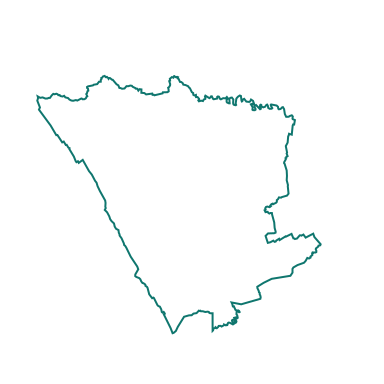 Phra Phrom, Nakhon Si Thammarat, Thailand, rotated 162°
{"feature_id": "78962969B31932959470033", "entity_name": "Phra Phrom", "entity_type": "district", "adm_level": 2, "iso_a3": "THA", "parent_name": "Thailand", "parent_adm1": "Nakhon Si Thammarat", "projection": "natural_earth1", "projection_center": [99.929, 8.325], "detail": "fine", "context": "isolated", "style": "outline", "palette": "teal", "viewbox_px": 384, "rotation_deg": 162, "n_neighbors": 0, "source": "geoboundaries", "source_scale": "gbopen_adm2", "svg_char_len": 5972}
<svg xmlns="http://www.w3.org/2000/svg" viewBox="0 0 384 384"><g transform="rotate(162 192 192)"><path d="M309.2,330.6L309.3,329.0L310.9,326.7L310.5,319.4L312.1,317.6L305.9,298.9L303.5,288.0L302.4,287.8L300.1,279.3L298.4,279.6L297.5,275.7L296.6,275.6L295.9,272.5L294.9,271.5L295.4,270.8L293.4,262.2L293.1,257.4L292.7,256.1L291.0,256.5L290.7,254.7L286.0,256.3L283.5,243.7L281.9,239.5L280.7,232.5L279.9,230.4L280.0,226.7L279.3,221.4L277.2,210.7L277.6,208.3L279.0,204.7L279.0,203.4L280.5,201.9L279.0,198.9L278.2,194.4L278.2,191.4L277.5,189.1L275.9,186.2L276.2,183.0L275.6,180.5L273.7,178.5L274.2,175.9L274.0,174.2L274.3,172.9L273.3,169.8L272.7,164.2L272.9,162.5L272.2,161.5L271.7,159.4L270.3,149.5L267.1,138.0L267.0,135.1L271.4,131.1L272.0,129.6L271.3,128.5L268.8,126.4L268.1,125.0L267.9,122.7L267.2,120.7L266.5,120.4L265.3,118.9L265.0,118.0L265.3,117.2L264.1,115.6L263.9,114.6L264.3,107.9L262.7,103.3L261.4,103.5L261.0,103.0L259.8,95.0L259.2,93.9L258.0,92.9L257.5,89.9L257.8,87.2L257.2,86.3L256.0,86.7L255.6,85.6L255.5,84.6L256.6,84.2L254.4,69.2L254.1,63.7L253.0,63.7L250.3,64.8L247.2,68.1L238.1,75.8L232.9,75.6L230.4,74.9L228.2,75.9L225.1,75.4L222.2,77.0L221.9,76.6L220.7,76.5L220.5,75.9L218.5,75.2L216.5,73.8L213.9,73.3L213.0,72.6L212.9,71.7L212.2,71.1L209.9,70.3L215.3,53.6L214.7,53.9L213.7,55.7L211.9,55.4L211.4,56.1L210.5,54.8L208.9,55.5L208.0,56.4L206.1,55.8L205.4,54.9L202.6,55.5L202.4,56.0L201.4,54.9L200.7,54.7L200.3,55.1L199.5,54.6L198.2,56.3L197.6,56.5L196.5,56.0L194.0,53.4L191.8,54.0L192.4,54.4L192.7,55.1L193.6,55.5L193.8,57.2L193.6,57.6L192.8,57.9L191.0,57.3L191.3,56.3L190.8,56.0L191.0,55.4L190.2,54.6L189.7,55.2L189.9,57.3L190.8,58.6L190.8,59.3L189.1,59.2L189.0,58.4L188.2,57.9L187.4,58.2L187.1,60.7L187.5,62.0L186.5,64.5L185.3,64.3L184.4,63.1L183.8,63.2L184.0,64.4L184.6,65.1L186.0,65.4L187.1,66.5L187.5,70.3L188.3,70.3L188.5,70.7L188.3,73.1L188.5,74.7L179.9,70.0L160.0,69.3L159.2,70.7L159.0,72.7L159.3,73.5L158.8,75.3L159.3,76.0L159.1,77.2L159.5,80.4L159.2,81.7L151.9,83.5L143.0,84.8L124.3,81.9L121.3,84.3L120.2,87.8L118.9,88.9L114.2,89.9L107.4,90.1L105.3,91.3L102.7,93.7L101.3,92.6L99.5,93.0L99.3,94.0L97.1,94.8L96.7,96.6L96.1,97.2L95.5,96.5L94.9,96.9L93.4,96.3L92.4,96.4L91.9,97.6L92.0,99.3L91.6,100.0L88.8,101.1L88.3,101.9L86.5,101.7L85.8,102.6L89.5,111.3L89.6,114.9L98.0,113.5L99.2,117.1L101.4,116.7L101.6,117.0L102.9,117.5L106.5,115.3L108.7,115.5L109.3,116.4L109.9,116.6L110.3,121.4L116.5,120.5L116.7,120.9L123.5,119.2L123.6,120.6L126.8,119.8L127.8,119.0L128.9,119.1L129.7,120.6L133.0,120.0L135.6,120.2L135.6,127.5L132.5,129.1L126.6,127.4L125.1,127.5L124.7,128.4L124.5,132.3L123.2,137.7L122.8,145.8L122.5,147.3L124.0,147.8L125.1,147.6L125.8,148.4L126.2,149.8L128.3,150.1L128.6,152.2L127.4,152.4L127.4,153.9L126.2,154.9L124.9,154.9L122.9,153.6L122.2,153.8L122.1,154.3L121.4,154.3L121.6,155.0L120.2,155.9L118.9,156.0L118.7,155.3L115.3,155.8L114.4,156.4L113.8,158.1L112.4,158.6L111.0,160.0L109.0,159.1L108.1,159.4L102.8,159.2L100.7,160.6L99.1,168.0L98.6,168.9L98.3,173.9L96.7,178.0L95.3,183.2L95.2,190.2L95.5,191.1L95.0,192.0L92.7,194.1L92.6,195.3L91.7,195.4L91.3,196.4L90.0,196.6L90.1,199.4L89.4,200.1L88.6,206.7L85.8,209.4L83.3,215.3L82.6,215.8L81.7,217.4L79.4,215.7L75.7,224.1L74.9,225.0L74.0,224.6L71.9,228.6L73.7,230.2L73.7,230.9L72.8,232.7L73.4,234.1L75.4,234.1L76.8,233.7L79.2,234.4L79.6,237.5L78.8,242.4L79.3,244.6L80.0,244.7L82.1,243.6L83.8,243.8L84.2,244.5L83.9,246.5L84.8,248.1L89.7,250.8L90.2,250.5L90.3,249.5L89.7,247.0L90.5,246.6L92.4,247.1L93.5,248.4L93.2,250.4L93.5,251.9L94.2,251.9L96.2,250.5L98.1,250.5L99.6,252.0L99.2,253.3L99.6,253.8L100.2,253.7L100.9,252.6L100.6,251.1L100.8,249.9L101.7,249.7L104.2,254.9L105.6,254.5L106.3,253.7L105.9,251.2L106.2,250.6L107.0,250.4L108.7,251.0L109.1,251.6L108.1,253.8L108.9,257.2L107.4,257.3L106.3,256.0L105.7,255.9L105.8,259.8L107.3,261.7L108.7,260.2L109.8,260.0L112.4,261.2L113.6,264.5L114.9,264.3L116.1,262.8L116.6,262.7L116.7,263.6L115.8,268.2L116.7,269.0L118.9,268.4L120.9,267.2L123.1,262.7L123.1,261.2L123.6,261.0L125.0,261.8L125.5,262.5L125.4,263.9L124.1,267.2L124.9,269.5L126.3,269.7L127.7,269.2L128.8,264.7L129.5,264.9L131.0,266.3L131.2,267.1L130.6,268.9L128.9,269.9L129.5,271.6L131.1,270.7L133.4,271.6L135.9,271.2L136.6,272.0L136.9,274.3L137.8,274.9L138.6,274.7L139.2,273.1L142.7,273.5L143.2,274.1L143.6,276.9L144.3,277.1L145.4,276.2L146.5,275.9L149.5,279.5L150.2,278.8L150.2,277.3L150.6,276.4L152.3,276.3L153.5,275.1L155.0,276.0L157.4,276.1L157.7,277.2L156.5,278.0L156.5,278.5L157.4,280.6L158.8,281.0L158.3,283.1L159.8,283.0L160.7,284.0L160.3,285.8L161.3,287.0L161.9,291.3L162.7,292.5L162.9,293.7L165.1,295.7L167.1,296.8L167.2,298.4L168.2,299.9L169.4,300.4L169.8,303.7L170.6,304.5L169.8,305.5L170.5,306.1L172.1,306.3L173.0,307.7L173.4,307.7L174.4,306.5L175.6,307.5L178.1,306.5L178.4,304.7L179.4,304.5L179.4,301.4L179.9,300.2L181.2,299.0L182.5,298.5L182.5,297.2L183.1,294.9L184.5,294.5L188.9,295.8L189.5,294.9L197.9,295.6L198.3,296.3L199.5,296.6L199.4,297.9L205.5,299.0L206.7,300.8L209.5,302.0L208.4,305.2L210.1,306.0L211.7,305.0L212.1,307.1L213.6,307.7L213.6,308.2L215.9,310.4L216.4,311.6L217.8,312.3L219.9,312.3L221.6,312.9L224.2,311.3L226.6,311.8L227.9,313.0L228.9,313.4L229.1,316.2L230.5,317.8L232.7,323.2L233.3,323.4L234.8,325.7L235.5,326.0L236.3,325.5L236.3,326.3L237.2,327.0L237.3,327.7L238.5,327.9L238.6,328.5L239.2,328.9L239.3,329.4L241.0,329.4L242.1,328.5L243.1,328.4L243.2,327.4L244.1,326.8L244.7,325.1L246.4,325.6L248.8,323.9L252.4,324.4L253.2,324.0L258.2,324.6L259.4,324.3L259.6,323.3L259.0,322.4L259.3,320.4L260.2,320.2L261.4,318.4L262.3,317.8L262.0,315.4L262.9,315.1L264.0,313.9L265.6,313.5L267.4,314.0L268.0,315.0L268.6,315.1L272.8,314.4L274.0,315.3L276.9,315.5L278.5,316.3L280.0,317.8L280.9,319.7L283.2,321.1L283.9,323.0L285.5,322.8L287.5,323.9L287.9,325.1L289.2,325.4L289.6,326.5L290.7,327.4L292.5,327.4L293.6,328.2L295.6,327.2L298.0,325.4L299.4,325.8L300.5,325.6L302.6,326.2L304.8,328.1L307.3,328.5L309.2,330.6Z" fill="none" stroke="#0f766e" stroke-width="2"/></g></svg>